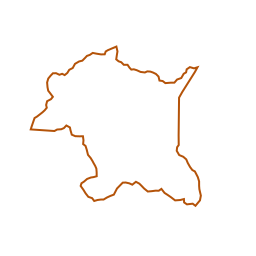 Buerarema, Bahia, Brazil (Mercator projection), rotated 19°
{"feature_id": "56859067B44754949051555", "entity_name": "Buerarema", "entity_type": "district", "adm_level": 2, "iso_a3": "BRA", "parent_name": "Brazil", "parent_adm1": "Bahia", "projection": "mercator", "projection_center": [-39.271, -14.997], "detail": "fine", "context": "isolated", "style": "outline", "palette": "amber", "viewbox_px": 256, "rotation_deg": 19, "n_neighbors": 0, "source": "geoboundaries", "source_scale": "gbopen_adm2", "svg_char_len": 1961}
<svg xmlns="http://www.w3.org/2000/svg" viewBox="0 0 256 256"><g transform="rotate(19 128 128)"><path d="M217.1,179.6L219.6,173.0L218.9,168.2L217.0,165.2L215.4,162.6L214.1,159.6L212.6,155.3L210.0,151.7L207.5,149.3L205.4,147.3L202.5,146.8L199.4,144.7L195.9,141.6L193.3,138.7L189.6,137.2L185.2,136.9L181.5,133.7L180.7,130.2L181.5,127.6L179.4,121.7L178.3,118.6L166.4,82.7L167.6,76.2L173.0,53.3L173.9,48.0L171.0,50.1L166.7,50.3L164.4,53.4L164.8,56.5L163.0,58.6L162.1,63.4L158.6,66.2L157.1,70.0L153.5,71.3L148.7,73.4L145.5,72.3L142.3,72.9L140.1,69.4L136.8,67.8L133.5,67.4L130.7,67.4L127.8,68.2L125.9,70.0L121.6,70.9L117.5,70.5L114.4,70.6L112.1,71.7L109.8,70.5L107.0,68.4L103.4,69.6L100.2,68.0L97.4,68.0L94.5,66.9L93.7,62.6L93.1,59.0L90.5,54.8L83.7,60.9L82.0,62.9L82.0,65.9L78.5,67.2L73.8,68.0L70.2,68.5L68.1,71.3L65.7,73.2L64.5,75.9L62.9,79.2L60.1,81.0L57.0,84.6L56.2,89.3L53.5,92.1L52.7,95.7L50.9,98.6L48.1,98.2L45.8,100.0L42.2,99.6L39.2,100.7L37.8,103.7L36.5,107.2L36.7,111.3L38.6,115.6L40.4,118.7L43.0,120.4L46.8,123.0L45.8,125.8L42.8,129.0L43.1,132.9L44.6,135.3L43.5,138.3L42.1,140.9L40.3,143.7L38.2,146.9L36.4,149.0L36.4,158.0L36.5,161.0L59.4,154.8L61.5,152.5L65.3,150.9L67.4,149.0L68.9,145.7L72.9,146.4L74.4,148.9L77.0,152.6L80.8,152.9L84.4,151.8L88.1,150.5L89.9,154.1L90.8,157.8L93.7,158.8L96.0,161.9L98.9,166.4L102.4,168.5L105.3,170.9L107.1,172.6L109.3,174.5L111.3,176.7L112.7,179.9L114.1,183.8L111.5,185.6L109.0,186.9L105.9,189.5L103.8,193.1L102.0,195.4L102.1,198.2L105.9,200.9L109.2,203.6L112.9,206.0L116.9,206.0L119.8,208.0L122.6,206.0L125.6,204.5L128.2,203.6L130.7,200.6L133.4,198.0L136.3,195.6L137.3,188.8L139.1,185.0L140.8,181.4L143.6,180.3L147.2,179.9L150.5,180.2L153.0,176.3L156.8,176.9L159.3,178.1L163.0,180.0L167.4,181.6L170.8,180.1L174.4,178.3L177.5,177.3L179.4,174.7L183.7,177.5L187.0,178.3L191.0,179.4L196.1,181.1L200.8,179.1L204.0,177.0L205.3,180.1L208.6,181.0L213.8,178.5L217.1,179.6Z" fill="none" stroke="#b45309" stroke-width="2"/></g></svg>